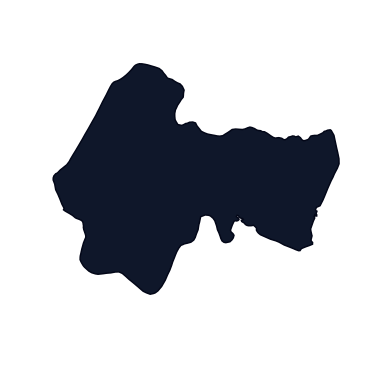 the district of Khemara Phoumin, Kaôh Kong, Cambodia, rotated 26°
{"feature_id": "14789045B84923983917004", "entity_name": "Khemara Phoumin", "entity_type": "district", "adm_level": 2, "iso_a3": "KHM", "parent_name": "Cambodia", "parent_adm1": "Kaôh Kong", "projection": "orthographic", "projection_center": [103.034, 11.595], "detail": "fine", "context": "isolated", "style": "filled", "palette": "ink", "viewbox_px": 384, "rotation_deg": 26, "n_neighbors": 0, "source": "geoboundaries", "source_scale": "gbopen_adm2", "svg_char_len": 3960}
<svg xmlns="http://www.w3.org/2000/svg" viewBox="0 0 384 384"><g transform="rotate(26 192 192)"><path d="M305.6,92.6L302.9,89.3L298.2,83.3L294.7,78.8L290.2,75.7L289.0,75.5L286.8,77.0L285.3,78.8L284.3,79.5L283.7,81.4L281.7,84.0L279.9,86.2L277.5,87.3L275.4,88.7L274.2,89.8L274.0,91.3L273.7,93.0L273.2,94.1L271.2,96.1L270.0,96.9L268.7,97.1L267.1,96.5L265.7,95.7L263.0,95.2L261.9,96.3L260.9,97.1L259.4,97.0L257.9,97.5L256.5,98.9L254.7,100.4L254.1,102.4L252.7,104.3L251.3,104.7L249.1,104.4L246.2,105.1L244.8,106.0L243.1,107.1L240.9,107.3L237.6,106.9L234.1,106.3L230.8,106.1L228.5,107.0L226.9,106.8L224.7,107.6L223.0,107.9L220.5,107.6L217.6,107.8L215.6,108.3L214.0,109.8L212.0,112.1L210.0,113.7L207.1,114.9L203.6,116.3L200.7,118.2L199.3,120.8L198.1,122.9L196.3,125.7L195.0,127.9L192.4,129.7L190.0,130.6L187.6,131.2L184.8,132.0L180.6,133.1L177.3,133.4L173.8,133.4L171.3,132.2L167.5,130.4L164.9,128.4L162.0,128.8L159.2,130.4L157.4,132.6L156.4,133.1L155.0,135.1L153.7,136.6L150.6,137.4L149.4,137.5L148.2,136.6L146.6,135.6L145.0,134.3L143.3,131.5L142.1,129.1L141.1,125.5L141.1,122.9L141.0,120.4L141.5,116.7L141.8,113.6L142.5,110.7L142.0,109.2L141.0,106.8L140.2,103.9L137.0,101.3L133.9,100.1L130.9,100.3L127.9,100.1L124.9,99.6L121.3,100.2L120.0,100.4L117.0,98.7L114.6,97.7L111.9,96.2L108.3,95.4L104.0,95.9L99.9,96.6L96.9,97.1L94.0,97.8L91.0,98.7L88.5,99.8L87.1,101.0L85.6,102.8L84.9,104.5L84.0,108.6L82.8,112.5L81.6,115.7L79.8,119.5L78.2,122.2L76.6,124.4L74.7,126.2L73.5,127.7L72.8,129.8L72.5,133.0L72.4,137.3L72.4,142.3L72.1,150.2L72.1,157.6L72.0,161.5L72.0,165.4L71.5,173.3L71.1,180.6L70.6,187.1L70.3,192.8L69.9,198.0L69.3,205.6L68.8,210.5L68.4,215.4L68.3,218.4L67.5,222.5L66.1,225.4L65.0,227.8L64.0,229.8L62.7,233.9L61.5,235.4L60.8,238.1L61.1,240.2L62.0,242.1L65.1,245.0L68.5,249.7L72.6,252.9L76.6,256.4L80.5,260.0L84.2,262.7L84.3,264.3L85.6,264.6L87.6,264.8L91.2,265.0L94.9,265.4L96.5,265.8L98.5,266.3L99.9,266.3L102.6,266.0L105.2,266.0L106.7,266.6L107.6,267.5L108.6,269.0L109.4,270.1L109.8,271.3L111.1,273.1L113.2,275.2L114.6,276.6L115.7,277.9L116.4,279.3L116.6,282.3L116.8,285.3L117.3,287.9L117.9,291.2L118.7,294.5L119.2,296.5L119.5,298.0L120.0,299.5L121.1,301.9L123.0,303.5L124.3,304.4L126.6,305.9L128.4,306.7L134.0,308.3L137.3,308.5L141.1,307.9L143.6,307.1L147.9,304.4L151.0,302.3L154.4,300.3L158.3,297.4L161.5,295.8L165.1,295.7L169.3,296.8L173.7,298.1L178.9,299.3L184.0,300.6L187.8,301.6L191.6,302.6L195.2,302.6L199.2,302.2L201.9,300.1L203.2,298.7L204.7,295.8L206.1,290.2L206.6,283.0L206.3,277.2L206.3,272.0L205.8,266.8L205.3,263.6L204.9,258.1L204.7,256.0L204.5,252.5L204.7,248.3L205.4,244.8L206.9,243.2L207.8,242.0L210.4,239.9L213.0,237.6L214.6,234.5L214.8,231.5L214.3,227.7L214.0,223.3L212.5,218.5L212.0,215.9L210.6,210.4L214.0,206.8L216.9,205.7L218.9,205.4L222.4,206.3L225.1,207.8L229.0,211.7L231.4,214.7L234.1,216.9L236.8,219.5L238.4,221.2L240.5,222.8L242.8,223.2L244.6,222.7L247.9,220.1L248.9,217.4L249.2,215.1L248.7,212.5L247.1,211.5L244.5,210.7L243.3,209.4L243.0,206.9L242.7,204.2L242.6,199.8L243.6,198.8L244.9,198.4L245.9,197.4L246.3,196.2L245.5,195.4L242.6,194.6L242.7,193.2L244.0,192.9L245.4,193.8L247.7,194.1L249.1,193.6L250.2,194.3L248.7,195.8L249.6,196.7L252.6,197.0L254.3,197.8L256.1,197.9L257.7,197.5L260.4,196.1L261.8,194.9L264.1,195.5L265.7,196.1L266.7,198.1L268.0,199.0L269.7,199.8L272.2,200.4L277.8,200.2L283.2,200.0L288.8,199.1L292.3,198.9L298.1,199.2L303.9,198.7L308.2,198.4L310.8,198.3L313.6,198.0L314.8,197.3L315.1,195.0L315.8,194.1L318.4,191.2L321.0,188.6L323.2,186.1L322.5,184.5L320.9,183.9L320.0,183.0L319.1,178.8L318.3,177.9L315.9,174.9L314.8,173.2L314.3,169.1L313.8,165.0L313.7,161.6L312.5,160.4L312.4,158.8L313.6,159.4L314.6,158.9L314.1,157.8L313.0,157.1L312.7,154.5L311.5,154.5L310.6,153.4L310.6,151.2L313.1,148.2L313.2,141.9L313.0,137.9L312.7,133.3L312.4,128.9L312.2,123.7L312.1,120.9L312.2,116.9L312.0,113.4L312.1,109.8L312.2,106.8L311.8,102.2L309.5,97.7L305.6,92.6Z" fill="#0f172a" stroke="#020617" stroke-width="1.5"/></g></svg>